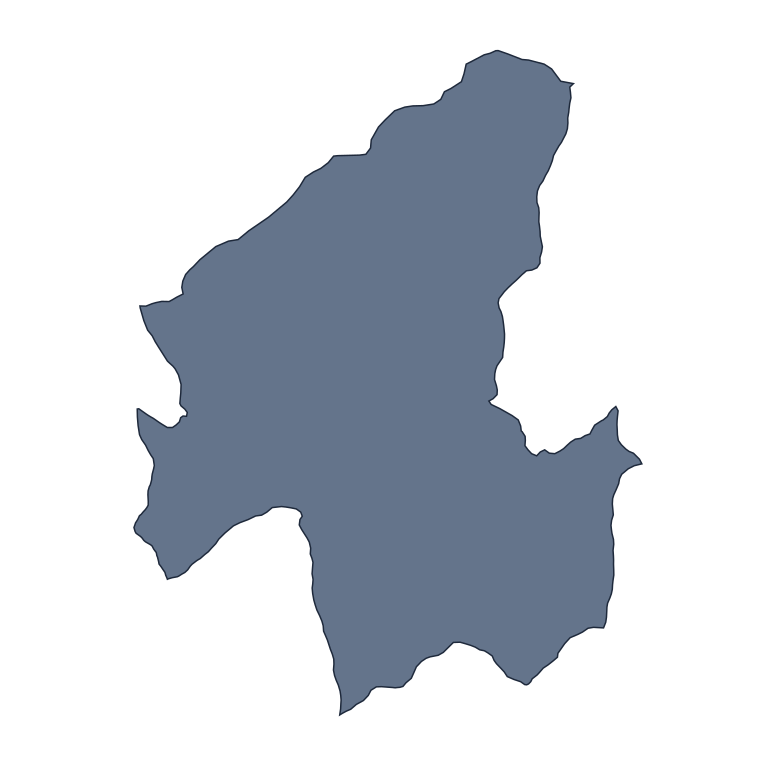 the district of Trashiyangtse, Tashi Yangtse, Bhutan, rotated 88°
{"feature_id": "84629894B34864763924152", "entity_name": "Trashiyangtse", "entity_type": "district", "adm_level": 2, "iso_a3": "BTN", "parent_name": "Bhutan", "parent_adm1": "Tashi Yangtse", "projection": "mercator", "projection_center": [91.488, 27.563], "detail": "fine", "context": "isolated", "style": "filled", "palette": "slate", "viewbox_px": 768, "rotation_deg": 88, "n_neighbors": 0, "source": "geoboundaries", "source_scale": "gbopen_adm2", "svg_char_len": 5394}
<svg xmlns="http://www.w3.org/2000/svg" viewBox="0 0 768 768"><g transform="rotate(88 384 384)"><path d="M90.4,184.2L87.6,196.8L75.0,205.5L69.9,212.8L65.3,228.2L64.5,234.8L58.5,248.7L54.8,258.2L54.8,260.6L57.2,266.5L58.5,272.4L64.5,284.8L67.2,290.7L76.8,293.2L84.6,296.1L91.0,306.8L94.0,313.4L101.5,317.3L105.9,324.5L107.2,335.2L107.1,345.5L108.0,353.5L111.3,363.8L120.1,373.6L126.9,380.5L139.5,388.2L147.7,389.2L153.8,394.1L154.4,400.6L154.3,411.3L154.2,422.3L154.5,426.4L160.9,432.0L166.3,439.6L169.7,447.2L174.7,455.5L183.9,461.5L192.0,468.3L198.8,474.9L203.9,481.5L213.3,493.6L226.1,513.7L234.6,524.8L235.8,534.5L240.8,547.3L253.3,563.6L260.1,570.5L263.1,574.1L267.6,578.4L274.2,581.5L280.4,582.7L287.0,581.6L290.0,588.1L292.4,592.5L294.1,595.9L293.7,603.2L294.7,609.1L295.7,613.1L297.9,619.2L297.5,625.2L299.5,625.0L312.3,621.8L322.0,618.3L327.7,614.0L333.7,611.2L339.6,607.8L350.7,601.3L353.6,599.6L355.9,597.3L358.7,594.4L361.4,592.3L367.7,589.1L377.4,586.8L385.8,587.4L391.1,588.1L396.4,588.7L398.8,587.6L402.2,583.9L405.6,581.6L409.4,582.5L409.0,586.0L410.6,588.4L414.7,589.8L417.7,593.2L420.1,596.9L419.9,602.1L416.2,607.7L414.3,610.4L411.8,613.7L410.3,615.7L408.6,618.5L406.8,621.2L405.4,623.1L400.2,629.9L400.4,631.5L408.4,631.6L417.0,631.2L426.1,630.1L431.0,628.1L436.8,624.4L442.2,622.0L446.7,619.6L450.5,617.2L457.5,616.4L461.1,617.3L465.7,618.7L468.4,619.2L471.3,619.5L472.5,619.8L474.5,620.4L476.9,621.2L478.3,622.1L479.8,622.6L482.6,623.5L486.5,623.8L493.1,623.7L496.9,623.9L499.2,625.3L501.2,626.9L502.8,628.5L503.5,629.2L505.7,631.1L507.1,633.0L510.7,634.8L512.5,636.0L514.2,637.2L515.4,637.6L518.7,638.9L522.7,637.9L524.5,637.0L527.9,632.6L529.5,631.1L531.9,629.5L533.4,627.9L536.5,622.9L537.8,621.4L540.8,620.0L542.9,618.6L544.4,617.5L545.5,617.3L547.6,617.0L549.1,616.4L551.9,615.8L553.9,615.4L556.1,615.1L558.4,613.4L561.8,611.3L564.6,609.5L567.6,608.8L568.5,608.4L570.6,607.6L571.6,607.3L571.1,606.1L570.2,602.4L569.4,597.2L568.8,595.8L566.9,592.6L565.4,589.6L562.9,586.7L559.3,584.0L557.4,582.1L554.0,577.3L553.5,576.5L552.0,573.7L548.1,569.0L545.5,565.4L542.2,562.3L537.7,557.7L533.2,554.5L527.4,548.2L520.5,539.4L517.5,532.7L514.8,524.6L511.4,516.9L510.8,510.9L508.0,505.6L503.6,500.0L502.9,490.7L503.5,486.4L504.5,481.3L505.8,476.0L509.1,471.7L513.3,470.3L516.5,472.7L521.9,473.6L526.5,471.4L530.9,468.8L535.1,466.3L539.4,464.2L545.5,463.0L551.3,463.6L555.7,462.1L559.8,461.2L564.8,461.8L571.2,462.5L576.8,461.7L581.3,462.2L585.4,462.9L590.8,462.6L597.3,461.7L602.2,460.5L607.4,459.0L613.3,456.4L618.9,454.3L623.5,453.2L628.9,453.0L633.2,451.3L637.9,449.5L642.8,448.1L647.3,446.8L652.1,445.1L657.2,443.8L662.2,443.8L668.1,444.5L673.6,443.6L678.4,442.1L683.2,440.2L689.4,438.6L693.8,438.1L698.4,437.9L702.5,438.3L707.2,438.7L713.2,439.8L711.7,437.2L709.6,433.0L707.9,428.6L703.3,422.9L699.6,415.6L694.7,410.6L689.6,407.7L686.4,402.2L686.4,397.1L687.1,390.7L687.6,386.1L688.0,383.4L687.8,381.2L687.7,378.8L686.9,375.6L683.4,372.5L679.1,367.0L671.9,363.5L667.7,361.5L665.5,359.2L662.6,356.3L659.6,351.5L658.3,347.5L657.0,339.3L654.3,334.1L650.5,330.0L644.7,323.7L644.7,317.0L646.4,311.7L648.2,306.5L650.2,301.9L653.0,297.6L654.1,293.0L656.3,289.6L659.6,285.3L664.1,283.6L667.4,281.4L672.1,277.2L675.9,273.9L680.7,271.0L683.8,264.5L686.3,257.8L689.3,253.9L689.6,251.9L688.8,250.0L686.6,247.7L683.8,246.2L680.1,241.1L678.0,239.0L673.5,234.8L670.4,229.8L666.6,224.6L663.1,220.2L659.2,219.6L654.7,216.2L649.8,212.5L644.0,206.8L641.0,199.0L638.8,194.2L635.2,188.6L634.5,183.1L635.2,175.4L635.4,173.1L629.8,170.7L624.8,169.8L618.8,169.3L614.8,169.0L610.9,168.2L605.6,165.7L601.6,164.1L597.2,163.0L592.6,162.6L588.5,162.0L583.0,161.0L577.7,160.9L572.0,160.9L568.0,160.7L563.8,160.7L558.3,160.9L552.2,160.0L547.3,160.1L541.2,161.4L537.2,161.8L533.2,162.1L528.2,161.3L522.8,159.4L517.2,159.7L511.9,160.0L506.5,159.5L502.7,158.2L497.7,155.7L491.9,153.0L486.9,151.9L482.5,149.6L479.7,146.0L477.2,142.8L474.4,136.8L472.8,129.1L468.1,131.3L461.9,137.1L459.9,141.5L457.4,144.7L453.0,148.9L448.6,151.8L443.0,152.5L438.4,152.5L432.7,152.6L428.5,152.3L424.5,151.8L419.0,151.0L414.6,153.1L417.7,157.2L420.8,159.9L424.3,161.9L427.6,166.2L428.3,167.9L432.5,174.9L437.6,178.0L441.1,179.9L442.6,184.8L445.2,189.3L445.8,194.8L448.6,199.5L451.2,202.6L454.9,206.8L457.1,210.4L459.6,215.7L458.9,221.2L455.4,225.7L457.4,230.2L461.1,233.9L458.8,238.9L454.8,242.4L450.6,245.3L445.1,244.7L441.2,244.8L436.5,247.6L435.7,248.5L430.7,248.9L424.6,251.1L420.0,257.1L412.6,269.2L408.2,277.6L404.7,279.8L402.5,275.5L398.6,271.4L394.0,271.0L389.7,271.7L383.4,273.4L377.6,272.9L373.4,271.9L369.7,270.4L364.9,266.9L361.6,264.5L356.3,264.0L351.1,263.0L346.9,262.4L342.5,262.0L338.3,261.8L333.2,262.1L328.9,262.4L324.9,262.8L320.7,263.3L315.7,264.6L312.0,266.3L306.9,267.1L302.6,266.1L299.3,263.3L296.0,260.6L292.2,256.7L288.5,252.5L285.1,248.4L282.4,245.4L279.7,242.5L275.8,237.7L275.3,232.3L273.2,227.1L268.7,223.9L263.2,223.8L257.6,221.9L252.4,220.9L247.1,221.8L241.7,222.7L237.1,222.7L231.6,223.1L227.3,223.6L222.4,223.3L218.1,223.0L213.2,223.2L208.0,224.8L202.2,224.8L196.4,223.9L191.0,221.5L186.7,218.1L181.2,215.3L176.6,212.4L171.5,210.0L166.7,208.0L161.6,206.6L156.9,203.8L152.2,200.9L148.8,198.3L145.4,196.4L140.3,193.5L135.2,191.8L129.6,191.1L124.6,191.1L118.9,189.9L115.0,189.4L110.0,188.6L104.5,187.2L98.8,187.5L93.8,188.0L90.4,184.2Z" fill="#64748b" stroke="#1e293b" stroke-width="1.5"/></g></svg>